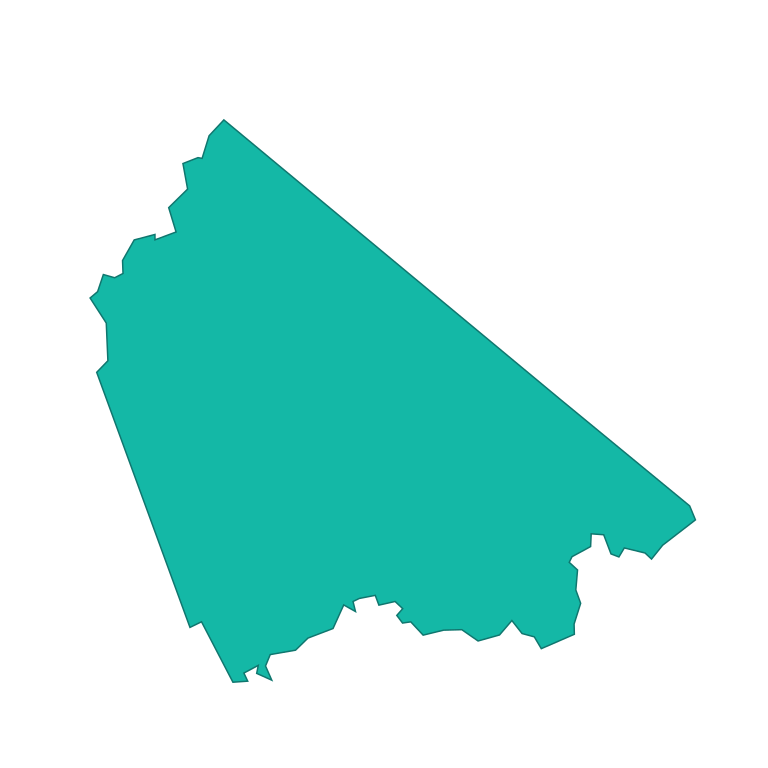 Houston, Texas, United States of America, rotated 259°
{"feature_id": "52423323B46548202222593", "entity_name": "Houston", "entity_type": "district", "adm_level": 2, "iso_a3": "USA", "parent_name": "United States of America", "parent_adm1": "Texas", "projection": "robinson", "projection_center": [-95.52, 31.26], "detail": "fine", "context": "isolated", "style": "filled", "palette": "teal", "viewbox_px": 768, "rotation_deg": 259, "n_neighbors": 0, "source": "geoboundaries", "source_scale": "gbopen_adm2", "svg_char_len": 1046}
<svg xmlns="http://www.w3.org/2000/svg" viewBox="0 0 768 768"><g transform="rotate(259 384 384)"><path d="M673.8,277.2L661.1,259.7L640.2,248.5L641.7,244.6L638.8,228.7L612.8,228.4L598.2,206.3L572.9,208.9L569.2,186.7L574.5,187.7L573.1,166.3L555.1,150.9L542.3,148.9L539.7,139.9L545.0,129.4L529.3,120.5L524.5,111.9L496.8,123.0L459.5,117.4L450.3,104.2L182.1,147.1L185.4,159.5L120.1,178.8L118.3,193.5L127.0,191.3L131.8,206.9L124.2,203.8L114.7,217.3L129.8,213.9L140.1,220.7L139.6,246.4L149.1,260.9L153.7,287.3L174.8,302.3L166.1,312.6L176.4,312.1L178.2,318.8L178.2,335.1L167.9,336.8L168.4,353.4L159.9,359.5L154.4,352.4L145.8,356.6L145.4,364.9L130.0,374.5L131.0,395.5L128.0,413.5L113.8,427.3L115.6,449.5L127.4,464.4L112.7,471.9L107.1,483.3L94.2,487.9L102.0,523.1L112.1,524.8L131.2,535.2L145.2,533.0L164.5,538.5L173.6,531.8L178.6,535.6L185.0,555.8L197.4,558.8L194.1,570.9L173.9,574.4L169.4,581.6L177.2,588.6L168.3,608.0L161.1,613.2L172.6,626.8L191.2,663.8L206.0,660.8L336.0,553.5L673.8,277.2Z" fill="#14b8a6" stroke="#0f766e" stroke-width="1.5"/></g></svg>